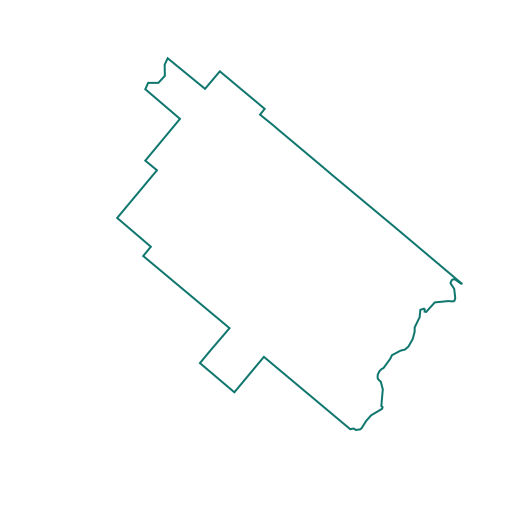 Calcasieu, Louisiana, United States of America, rotated 220°
{"feature_id": "52423323B60189599793984", "entity_name": "Calcasieu", "entity_type": "district", "adm_level": 2, "iso_a3": "USA", "parent_name": "United States of America", "parent_adm1": "Louisiana", "projection": "robinson", "projection_center": [-93.51, 30.264], "detail": "fine", "context": "isolated", "style": "outline", "palette": "teal", "viewbox_px": 512, "rotation_deg": 220, "n_neighbors": 0, "source": "geoboundaries", "source_scale": "gbopen_adm2", "svg_char_len": 1076}
<svg xmlns="http://www.w3.org/2000/svg" viewBox="0 0 512 512"><g transform="rotate(220 256 256)"><path d="M72.5,183.9L70.3,186.6L67.6,187.0L64.8,190.1L64.4,191.8L65.6,200.4L65.4,208.0L61.2,220.0L61.9,221.6L63.6,221.7L73.2,235.4L79.6,239.9L82.1,240.0L84.0,240.4L85.4,241.9L86.5,243.5L87.4,247.2L87.1,250.2L86.3,252.1L87.1,263.6L87.9,266.6L88.1,267.4L84.4,276.5L81.8,280.0L81.0,284.6L82.6,293.2L85.7,299.8L88.6,303.4L89.6,307.5L91.3,314.3L95.5,320.4L93.5,323.6L92.5,323.6L91.1,321.8L89.7,322.5L89.2,335.4L79.7,345.1L75.9,347.8L75.2,349.3L76.3,351.8L83.0,358.2L89.3,360.1L90.0,361.1L90.5,363.4L89.9,364.9L88.5,366.0L81.0,366.6L80.2,367.6L81.1,367.1L165.4,367.3L249.2,367.0L262.2,367.1L321.4,367.1L326.2,367.2L343.8,366.9L343.9,374.3L402.4,374.2L402.5,351.3L450.8,350.7L448.9,343.8L441.6,335.4L442.1,325.9L449.9,319.3L448.0,312.6L402.4,312.2L402.1,257.9L387.0,258.0L386.8,195.9L361.8,195.7L342.5,195.5L342.5,193.0L342.4,183.5L229.9,183.7L230.2,153.3L230.1,137.9L185.0,137.7L185.0,145.6L185.1,173.9L185.1,183.8L72.5,183.9Z" fill="none" stroke="#0f766e" stroke-width="2"/></g></svg>